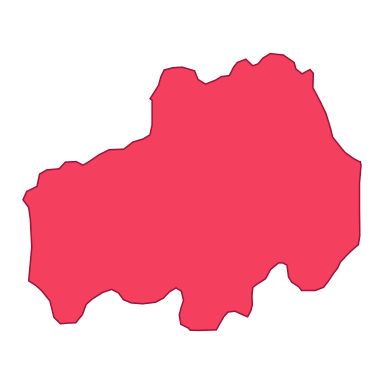 Ljungby, Kronoberg, Sweden
{"feature_id": "70781695B43314679953791", "entity_name": "Ljungby", "entity_type": "district", "adm_level": 2, "iso_a3": "SWE", "parent_name": "Sweden", "parent_adm1": "Kronoberg", "projection": "mercator", "projection_center": [13.859, 56.853], "detail": "fine", "context": "isolated", "style": "filled", "palette": "rose", "viewbox_px": 384, "rotation_deg": 0, "n_neighbors": 0, "source": "geoboundaries", "source_scale": "gbopen_adm2", "svg_char_len": 1553}
<svg xmlns="http://www.w3.org/2000/svg" viewBox="0 0 384 384"><path d="M28.7,190.5L26.7,191.5L23.0,199.8L28.7,207.5L30.3,218.9L31.8,246.8L28.7,280.8L28.8,280.9L35.9,285.5L41.6,290.6L49.9,300.9L54.0,317.5L60.4,323.8L67.3,323.1L75.7,322.8L82.3,314.7L86.2,304.4L92.2,299.0L102.7,292.4L111.7,289.4L118.6,293.0L123.4,299.6L131.2,302.9L142.6,303.8L155.3,302.3L163.4,298.1L169.4,291.8L176.0,287.9L181.4,291.2L183.5,300.5L181.1,307.7L179.3,315.0L180.8,324.3L188.6,328.2L190.2,330.2L198.4,330.4L216.2,329.9L223.7,316.8L227.9,312.1L235.0,311.2L241.1,314.0L247.6,316.8L250.9,310.7L252.3,304.6L251.9,296.2L252.8,287.3L258.0,283.5L265.5,278.8L270.6,269.4L278.6,262.9L282.8,262.9L287.0,265.2L288.5,276.9L291.7,282.1L298.8,286.8L301.6,290.5L315.2,290.5L323.6,287.3L328.3,281.2L334.0,272.7L337.3,268.5L340.5,261.9L346.2,255.8L350.9,251.1L358.4,244.6L359.8,235.6L359.8,234.4L359.5,209.2L359.5,183.1L361.0,165.4L360.4,161.9L360.2,162.0L353.7,158.7L345.2,152.6L341.9,148.8L332.6,137.1L330.7,129.1L326.0,113.6L319.9,101.0L312.9,87.8L313.3,73.3L310.0,69.5L302.1,73.8L296.0,69.1L294.1,62.5L283.3,55.0L270.2,53.6L262.7,58.3L258.0,63.9L252.8,65.8L245.8,59.2L237.3,62.5L233.6,67.2L229.3,75.6L221.4,76.6L215.3,80.3L205.4,84.1L197.9,79.4L194.6,70.9L182.4,67.2L177.4,67.4L173.0,67.7L164.1,70.0L160.8,77.0L158.5,85.5L150.1,98.7L152.1,100.2L152.1,125.0L150.0,134.8L143.3,138.9L133.0,142.0L123.7,149.2L109.2,149.7L98.9,154.9L89.1,161.6L82.9,165.2L76.2,161.6L65.4,162.1L59.2,168.8L46.8,169.9L39.6,174.0L37.0,186.4L28.7,190.5Z" fill="#f43f5e" stroke="#9f1239" stroke-width="1.5"/></svg>